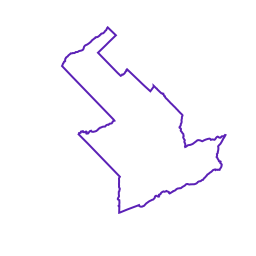 Ariquemes, Rondônia, Brazil, rotated 46°
{"feature_id": "56859067B41513078802850", "entity_name": "Ariquemes", "entity_type": "district", "adm_level": 2, "iso_a3": "BRA", "parent_name": "Brazil", "parent_adm1": "Rondônia", "projection": "equal_earth", "projection_center": [-62.902, -9.979], "detail": "fine", "context": "isolated", "style": "outline", "palette": "violet", "viewbox_px": 256, "rotation_deg": 46, "n_neighbors": 0, "source": "geoboundaries", "source_scale": "gbopen_adm2", "svg_char_len": 5540}
<svg xmlns="http://www.w3.org/2000/svg" viewBox="0 0 256 256"><g transform="rotate(46 128 128)"><path d="M221.7,91.2L221.4,90.5L221.1,89.1L220.8,88.0L220.6,87.5L220.2,87.2L219.9,86.6L219.6,86.1L218.8,85.8L217.5,86.0L217.1,85.7L216.9,85.1L216.5,84.7L215.9,84.9L215.4,85.6L214.9,85.6L214.2,85.2L213.5,85.0L212.9,84.9L212.1,84.8L211.2,84.3L210.4,84.4L209.9,83.4L209.4,82.7L208.5,82.2L208.3,80.7L207.6,80.1L207.1,79.2L206.3,78.1L205.2,76.9L203.8,75.9L203.7,75.3L203.6,74.2L203.6,72.6L203.1,70.6L202.7,69.4L202.2,67.7L201.9,67.1L201.6,65.4L200.8,62.8L200.4,63.0L200.5,64.6L200.0,65.4L199.2,66.2L199.1,67.0L199.3,67.8L199.0,68.5L198.6,68.8L198.1,69.1L196.9,69.3L196.4,69.6L196.2,70.4L196.3,71.6L196.6,72.9L196.6,73.9L196.2,74.2L195.0,75.1L194.6,75.5L194.1,76.6L193.4,76.5L192.8,76.5L192.3,76.7L191.8,77.4L191.3,78.2L190.4,80.0L189.7,81.8L189.2,83.7L188.6,84.1L187.7,84.4L187.0,84.7L185.7,85.7L185.3,86.2L185.0,86.9L185.0,87.6L184.5,91.8L184.4,92.6L183.7,94.3L183.3,95.1L182.9,95.6L182.1,96.8L181.9,97.4L181.9,98.2L181.8,99.1L181.4,100.1L180.9,99.9L180.6,99.2L179.8,98.4L179.2,97.9L178.4,97.5L177.9,97.5L177.1,97.1L176.2,95.6L175.6,95.6L173.2,94.9L172.7,94.3L172.5,93.5L171.6,93.1L171.1,92.6L170.5,92.3L169.4,92.4L168.5,92.1L167.2,92.1L166.5,91.9L166.1,91.2L165.1,90.4L164.3,90.5L163.7,90.7L163.3,90.5L163.0,89.9L163.0,89.3L162.8,88.4L162.3,87.7L161.8,87.2L161.6,86.6L161.4,85.9L160.4,84.7L159.5,84.1L158.5,82.5L158.1,82.2L157.4,81.4L157.1,80.5L156.7,79.9L155.3,79.8L154.1,79.9L150.4,79.9L149.4,79.8L147.9,79.9L146.3,79.8L143.6,79.9L142.0,79.9L141.3,79.9L140.2,80.0L138.4,80.0L137.5,79.9L136.8,80.0L135.1,79.9L134.6,79.9L133.9,80.0L132.6,80.0L131.7,79.9L130.9,79.4L130.4,79.7L129.8,79.7L129.2,79.3L128.6,79.2L127.9,78.8L127.4,79.5L126.6,79.4L126.0,79.9L120.4,80.1L119.8,79.9L119.3,80.1L115.4,80.2L115.9,80.6L116.2,81.3L116.4,82.3L116.7,84.1L117.1,86.4L109.7,86.9L105.6,87.1L102.3,87.2L97.4,87.4L94.7,87.5L85.1,87.9L85.2,88.9L85.8,88.8L85.9,90.0L85.8,91.0L86.2,92.0L86.3,93.0L86.2,93.9L86.1,94.6L85.5,95.0L85.7,95.9L85.4,97.0L81.2,97.2L53.0,97.3L53.0,91.7L53.0,86.7L52.9,82.0L52.9,72.3L41.5,72.7L41.6,73.6L42.0,74.5L42.3,75.4L42.5,75.9L42.3,76.6L42.4,77.7L42.7,78.4L42.6,79.3L42.6,80.0L42.3,80.6L41.8,81.3L41.6,81.8L41.8,82.8L41.6,83.7L41.8,84.4L41.6,85.3L41.5,86.3L41.3,86.9L40.5,87.8L40.2,88.4L40.5,89.0L40.2,89.9L40.2,91.0L40.0,92.1L39.9,93.5L40.2,94.2L40.1,95.2L40.1,96.0L40.0,97.0L39.8,98.4L39.5,99.7L39.1,100.7L38.9,101.2L38.9,102.2L39.0,103.0L39.4,103.8L39.8,104.4L40.2,105.1L40.3,105.7L40.4,106.5L40.0,107.4L39.6,108.3L39.2,108.8L38.6,109.8L38.5,110.7L38.2,111.6L37.6,112.3L37.1,112.8L37.0,114.0L36.8,114.6L36.2,115.2L35.6,115.8L35.4,116.5L35.0,116.9L34.5,117.4L34.6,118.1L34.5,119.2L34.4,120.0L34.4,120.7L34.6,121.7L34.4,122.6L34.3,123.7L34.6,124.2L34.6,124.8L35.0,125.4L35.4,126.0L35.8,126.4L36.2,126.7L36.2,127.4L35.9,127.9L36.2,128.6L36.5,129.3L36.5,130.0L36.8,130.5L37.2,131.3L37.6,132.4L52.8,132.5L63.4,132.5L64.3,132.5L75.5,132.5L107.4,132.5L111.9,132.5L113.3,132.7L112.8,133.8L112.8,134.7L113.2,135.5L113.3,136.5L112.8,137.4L112.1,138.3L112.1,139.1L112.2,139.8L111.4,140.4L111.0,141.3L110.9,141.9L111.0,142.5L111.0,143.6L110.4,144.1L110.0,144.7L109.6,145.2L109.3,145.8L109.1,146.6L108.8,147.2L108.4,147.8L108.5,148.7L108.1,149.5L108.3,150.6L108.3,151.2L108.2,152.0L108.2,152.8L107.8,153.5L107.5,154.3L107.1,154.8L106.8,155.4L106.3,156.0L105.8,156.3L105.2,156.7L104.3,156.5L103.8,157.6L103.9,158.8L104.2,160.4L103.4,161.6L103.0,161.8L102.5,161.5L102.1,160.5L101.4,160.6L101.1,161.4L100.8,162.2L100.3,162.7L99.7,163.1L99.1,162.6L98.7,162.9L98.3,163.7L97.9,164.4L98.5,165.2L98.2,166.2L97.7,166.7L98.1,167.2L98.2,167.9L110.8,167.7L131.2,167.7L146.8,167.7L157.4,167.7L157.9,169.4L159.0,170.4L159.8,171.1L161.4,172.7L161.9,173.3L163.1,174.3L163.6,174.9L164.2,175.4L164.6,175.7L165.1,175.8L165.7,175.9L166.1,176.4L166.5,176.7L166.8,177.3L167.1,177.9L167.5,178.3L167.6,179.1L168.0,179.4L168.6,180.0L169.2,180.6L169.7,181.0L170.7,181.7L171.1,182.4L171.3,183.0L171.6,184.1L172.0,184.7L172.6,184.8L173.9,184.4L174.9,185.3L175.5,185.8L176.9,187.3L177.5,188.1L177.5,188.9L177.9,189.0L178.3,188.6L182.8,193.2L183.2,192.5L186.1,185.2L188.9,178.7L190.4,175.3L191.1,173.6L192.1,174.1L193.4,173.5L194.0,172.9L194.4,172.4L194.6,171.6L195.0,171.0L195.1,170.1L195.0,169.1L195.0,168.4L194.9,167.3L195.2,165.5L195.3,164.5L195.5,163.5L195.8,162.5L196.1,161.7L196.2,161.1L196.7,160.1L197.0,159.4L196.9,158.7L196.9,157.7L196.6,156.9L196.2,156.5L196.0,155.5L196.3,154.8L197.3,154.4L198.1,154.1L198.8,153.5L198.6,152.9L197.9,152.7L197.5,152.2L197.7,151.4L198.1,151.0L198.1,150.3L197.7,149.4L197.7,148.4L197.9,147.8L198.0,147.3L198.2,146.6L199.0,146.2L199.4,145.8L199.8,144.7L200.1,144.0L200.7,144.0L201.5,143.5L202.0,143.3L202.5,143.1L203.2,143.6L204.0,143.5L204.3,142.5L204.5,141.2L204.9,140.0L204.8,139.2L205.2,138.7L205.6,137.5L205.7,136.6L205.6,135.9L205.8,135.1L206.0,134.4L206.4,133.8L206.9,133.2L207.3,132.5L207.9,131.9L208.1,131.2L208.1,130.6L208.2,129.8L208.5,128.6L208.7,127.9L208.9,126.9L208.8,125.7L209.0,124.9L209.6,124.1L210.5,123.6L211.2,123.2L211.7,122.6L212.2,121.8L212.7,121.4L213.2,120.8L213.9,120.0L214.4,119.5L215.0,118.4L215.4,117.3L215.5,116.2L215.4,115.1L215.8,113.9L216.7,112.7L216.8,111.1L217.0,110.6L217.4,110.0L217.1,108.9L217.0,108.0L217.1,107.1L216.9,105.1L216.9,104.2L216.6,103.3L216.9,102.2L217.0,101.4L217.0,100.7L217.1,99.8L217.3,99.0L217.4,98.2L217.4,97.2L217.3,96.4L217.5,95.7L218.0,94.6L218.5,94.0L219.1,94.2L219.4,93.4L220.0,92.7L220.6,92.5L221.0,91.6L221.7,91.2Z" fill="none" stroke="#5b21b6" stroke-width="2"/></g></svg>